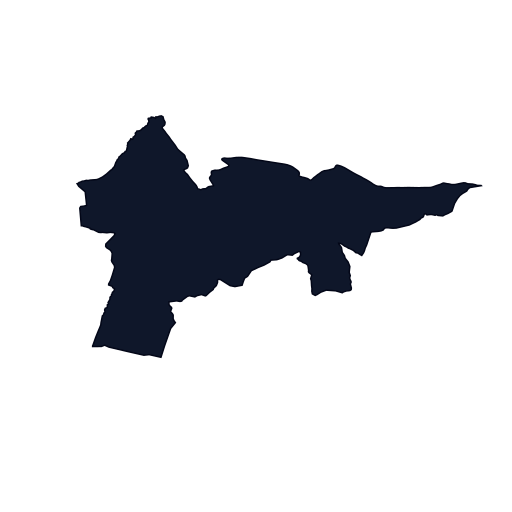 outline of Ikela, Équateur, Democratic Republic of the Congo, rotated 108°
{"feature_id": "63176286B75913983063727", "entity_name": "Ikela", "entity_type": "district", "adm_level": 2, "iso_a3": "COD", "parent_name": "Democratic Republic of the Congo", "parent_adm1": "Équateur", "projection": "equal_earth", "projection_center": [23.073, -0.987], "detail": "fine", "context": "isolated", "style": "filled", "palette": "ink", "viewbox_px": 512, "rotation_deg": 108, "n_neighbors": 0, "source": "geoboundaries", "source_scale": "gbopen_adm2", "svg_char_len": 6138}
<svg xmlns="http://www.w3.org/2000/svg" viewBox="0 0 512 512"><g transform="rotate(108 256 256)"><path d="M152.0,389.6L152.4,389.8L152.9,391.2L153.6,391.9L154.3,392.9L154.6,394.2L155.7,393.9L156.3,394.2L156.3,394.5L155.8,395.7L156.2,398.6L156.4,398.7L156.9,398.3L157.2,398.4L158.3,400.9L159.1,401.0L159.7,400.1L160.5,399.9L161.5,399.2L163.0,399.8L165.1,399.7L165.5,399.8L166.3,400.9L167.8,401.8L168.4,401.9L169.3,403.2L171.3,404.1L172.5,405.0L173.0,405.6L174.0,407.9L175.4,408.1L176.2,408.7L176.7,408.7L177.8,408.0L178.7,408.2L180.3,408.9L180.8,409.5L181.5,409.5L182.5,409.2L183.0,409.4L183.3,409.8L183.1,410.3L183.2,411.3L184.8,411.5L188.2,413.0L188.4,412.7L189.4,412.5L190.6,412.6L191.5,412.0L192.6,412.1L193.5,411.6L194.1,412.0L195.5,411.7L196.4,411.9L197.0,412.7L198.5,413.1L200.1,414.7L203.2,416.1L203.9,416.8L206.1,416.9L207.3,417.7L209.0,417.8L210.2,418.2L214.7,418.3L216.1,419.0L218.6,419.9L219.2,420.6L224.3,423.5L228.3,426.4L231.4,429.5L232.6,431.2L235.0,437.1L236.1,439.0L236.5,440.8L237.9,442.8L238.4,444.1L239.1,445.0L239.9,445.7L240.8,447.1L241.6,447.3L242.5,448.5L244.5,446.1L247.7,438.3L260.2,432.7L261.7,435.0L263.1,438.0L264.9,438.4L281.2,431.5L280.9,430.3L281.0,428.7L280.8,426.8L280.8,422.5L281.3,422.2L281.5,421.7L281.4,420.8L281.5,420.0L281.2,418.8L282.1,413.0L281.6,410.7L281.0,409.5L280.0,405.0L278.5,401.8L277.8,398.4L278.2,397.0L280.4,397.2L291.0,402.5L293.2,402.0L294.2,400.8L295.3,396.6L296.4,394.9L297.9,393.6L303.2,392.3L304.8,392.1L306.1,391.2L308.7,387.9L310.5,386.9L318.7,386.7L324.4,386.8L328.1,387.5L329.1,387.2L329.2,383.5L330.4,382.3L330.8,380.4L333.4,380.3L334.9,381.3L336.4,381.2L337.5,381.5L337.9,381.2L338.6,381.2L340.3,382.1L342.4,381.5L346.0,382.3L346.8,381.6L347.5,381.5L348.3,382.3L350.7,381.6L351.2,381.8L352.3,383.2L354.1,383.3L355.9,382.3L356.6,382.3L357.0,382.9L359.4,382.9L360.4,383.6L367.1,382.8L369.6,382.3L372.6,382.5L375.9,382.8L383.0,383.3L391.0,383.5L392.0,383.6L392.6,383.4L389.8,375.1L387.6,372.4L388.1,367.7L386.4,347.4L385.0,332.0L382.8,327.1L381.7,315.1L369.5,315.2L351.3,314.8L344.3,312.1L342.8,314.1L341.1,315.5L338.1,316.4L337.3,316.9L336.3,318.3L335.6,319.8L334.8,320.1L331.7,320.0L330.9,320.6L330.3,322.2L329.5,323.1L329.2,323.8L326.5,324.6L323.2,317.6L322.7,314.2L321.8,312.7L320.8,312.5L315.6,308.8L314.4,307.1L313.8,301.5L311.9,299.8L309.5,295.9L309.6,291.9L309.0,291.2L304.9,289.0L301.1,286.4L299.8,286.4L296.4,284.6L293.1,284.4L290.6,285.2L289.7,284.4L289.4,282.5L292.2,271.5L291.6,266.6L288.1,260.2L284.5,260.2L280.6,260.0L278.0,257.8L271.4,255.9L266.1,250.3L262.2,245.6L257.3,241.0L255.3,240.5L253.1,235.1L251.4,232.7L250.9,232.2L249.9,230.8L245.2,226.8L244.7,225.1L244.0,221.7L241.9,220.3L238.4,216.6L238.6,214.9L241.3,213.9L243.7,214.4L245.4,216.0L245.9,215.8L246.1,214.8L246.9,213.8L247.1,212.6L247.0,211.4L247.7,209.4L247.8,206.4L248.5,204.4L248.9,203.8L250.3,203.0L253.4,201.5L254.8,201.2L255.5,200.3L256.2,198.2L256.8,197.1L260.7,197.0L262.4,195.8L267.2,193.9L269.7,192.7L272.3,192.0L274.6,190.7L275.2,187.5L273.8,186.0L270.4,183.2L266.8,178.7L264.5,169.5L264.3,162.6L263.1,161.7L261.2,159.1L260.2,156.7L259.6,155.8L258.6,155.1L257.0,155.4L253.5,157.6L251.4,157.5L250.6,158.0L249.1,159.5L247.8,160.2L245.5,160.3L242.8,162.3L237.0,163.5L233.2,166.6L230.6,170.5L228.2,172.1L225.9,175.1L221.6,177.3L220.5,178.7L219.1,181.0L218.3,181.4L218.0,179.3L218.1,178.1L219.2,174.9L219.4,172.7L220.0,170.6L220.0,168.9L220.6,165.1L222.0,162.0L221.7,160.1L222.4,157.6L222.8,155.6L219.6,154.7L217.3,154.5L214.7,154.6L211.4,154.2L197.9,154.1L197.1,153.0L194.9,147.6L193.5,144.9L192.0,143.1L190.0,142.4L189.3,141.6L188.7,140.3L188.3,138.9L187.8,136.5L187.2,134.2L186.0,131.1L179.1,119.8L176.6,117.2L174.3,114.7L170.5,111.4L168.5,110.5L167.8,109.5L166.9,109.0L164.2,108.9L163.5,107.8L163.6,107.2L164.1,106.1L163.0,103.9L162.2,101.5L161.9,98.2L161.0,97.2L160.9,96.7L161.2,95.5L160.1,90.7L158.4,89.2L156.3,86.7L153.3,83.9L152.7,83.5L144.6,83.4L139.2,82.2L135.5,80.8L132.6,78.8L130.4,76.8L129.1,75.7L127.1,75.2L124.9,73.9L119.5,63.5L119.4,63.7L120.5,67.6L120.4,69.2L120.7,72.4L121.9,76.9L121.8,79.6L122.3,81.3L123.5,83.5L125.0,86.1L126.2,88.2L126.7,89.3L127.1,90.6L127.6,92.1L127.8,94.6L128.2,96.6L128.6,100.0L129.0,100.8L130.9,102.8L132.8,105.5L135.6,109.1L136.4,110.3L137.0,111.4L139.9,120.0L140.6,121.7L143.8,132.2L145.9,138.2L147.2,142.5L148.1,144.9L150.8,152.8L151.1,154.1L151.3,155.6L151.1,158.0L151.2,159.1L152.0,161.6L152.1,163.0L152.0,164.2L151.5,166.8L150.8,168.9L150.1,171.6L149.4,174.8L148.8,178.4L148.3,180.4L147.5,185.8L146.9,189.1L144.7,199.0L144.3,202.7L144.3,204.0L144.4,206.2L144.6,207.1L145.3,207.8L146.4,208.2L147.1,208.2L147.8,208.4L148.5,208.8L149.2,209.5L151.9,213.6L153.3,216.2L153.8,217.4L155.4,219.3L157.3,220.7L158.2,221.3L159.5,222.4L162.1,224.1L163.6,225.2L165.4,226.1L166.2,226.6L166.7,227.0L167.0,227.4L167.1,228.0L167.1,228.6L166.7,229.6L166.5,230.4L166.4,231.4L166.5,234.8L166.7,236.0L166.7,238.6L166.6,239.3L166.4,239.8L166.0,240.2L164.8,240.1L163.5,240.6L162.5,241.6L161.9,242.9L161.3,244.7L160.1,248.4L159.7,250.8L159.6,254.3L159.9,257.3L161.9,269.7L162.8,275.5L164.3,285.0L165.1,291.4L166.5,299.4L167.0,301.2L168.4,305.2L170.8,310.1L171.7,312.6L172.1,313.7L172.6,316.3L173.3,317.6L174.2,318.4L174.8,318.3L175.3,317.7L176.1,315.2L177.3,311.3L177.7,310.3L178.0,309.9L178.5,309.7L179.1,309.8L179.7,310.3L180.3,311.0L182.6,314.1L184.4,316.0L185.7,317.7L186.6,319.8L186.9,320.9L187.2,321.8L188.7,324.0L189.1,324.4L189.9,324.4L190.6,324.3L191.9,323.6L192.8,323.4L193.6,323.6L195.2,324.2L195.8,324.3L196.4,324.2L197.7,323.2L201.8,318.3L202.3,318.1L202.7,318.7L204.6,322.3L205.5,323.2L207.4,324.4L208.6,327.3L209.9,328.8L210.1,329.4L210.0,330.6L210.2,331.7L209.7,332.6L208.4,333.6L207.3,334.8L206.4,336.2L204.7,339.3L202.2,343.1L199.6,346.5L199.0,348.0L198.4,349.2L196.6,351.5L196.1,351.3L194.5,349.3L193.4,348.4L191.1,348.3L186.4,351.2L184.9,353.1L184.2,353.7L182.9,354.4L182.0,355.5L179.5,361.6L178.5,363.7L175.6,367.2L171.4,373.3L169.7,375.4L167.1,379.4L165.9,380.9L163.6,384.4L162.7,385.0L162.0,384.9L160.0,383.6L158.9,383.4L157.2,383.7L156.5,384.1L154.9,385.8L152.3,387.5L152.0,389.6Z" fill="#0f172a" stroke="#020617" stroke-width="1.5"/></g></svg>